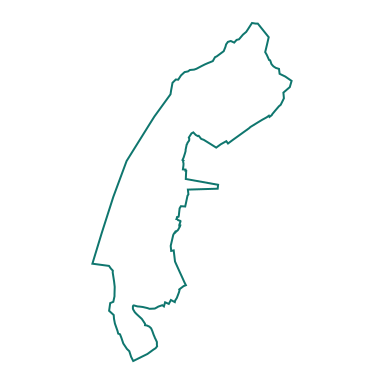 Baile Tusnad, Harghita, Romania (Albers equal-area conic projection)
{"feature_id": "2599482B24277216401355", "entity_name": "Baile Tusnad", "entity_type": "district", "adm_level": 2, "iso_a3": "ROU", "parent_name": "Romania", "parent_adm1": "Harghita", "projection": "albers", "projection_center": [25.861, 46.146], "detail": "fine", "context": "isolated", "style": "outline", "palette": "teal", "viewbox_px": 384, "rotation_deg": 0, "n_neighbors": 0, "source": "geoboundaries", "source_scale": "gbopen_adm2", "svg_char_len": 3009}
<svg xmlns="http://www.w3.org/2000/svg" viewBox="0 0 384 384"><path d="M252.0,23.0L249.6,26.7L247.6,29.8L246.2,31.9L243.0,34.6L239.0,39.3L236.6,39.9L234.2,42.6L230.8,41.0L227.9,41.9L226.1,44.4L225.5,46.7L223.7,51.2L216.7,56.4L215.0,57.2L212.8,61.1L210.4,62.1L207.9,63.1L204.9,64.4L201.7,66.0L196.4,68.8L194.1,69.6L189.9,70.0L188.0,71.4L184.6,72.1L181.0,75.4L178.2,79.7L175.8,79.5L172.5,82.8L171.8,86.7L171.1,90.4L170.5,94.3L154.4,116.5L149.8,123.8L126.6,161.0L113.3,196.9L101.8,232.8L92.4,263.7L109.0,265.9L110.9,268.6L112.8,270.6L112.7,272.5L114.1,281.6L114.7,286.9L114.5,294.3L114.5,296.3L113.3,301.8L110.2,303.1L109.1,310.8L113.7,315.0L114.0,318.8L114.9,323.5L117.5,330.9L118.2,333.6L120.0,334.3L121.3,337.6L123.3,343.5L126.9,348.9L129.3,351.2L131.1,356.8L133.2,361.0L142.7,356.3L147.4,354.0L153.3,349.7L155.6,348.2L157.1,346.3L156.9,345.0L156.9,342.0L155.4,338.8L154.9,337.9L154.6,337.0L154.2,336.1L153.6,334.7L152.3,331.0L151.1,328.3L149.3,326.6L146.9,325.5L145.0,325.2L145.1,324.3L145.0,323.7L144.6,323.1L142.7,320.2L141.8,318.9L136.5,314.0L134.8,312.2L133.2,309.5L132.9,308.7L132.9,307.8L132.9,306.6L133.0,306.1L133.3,305.6L133.8,305.4L137.4,306.4L139.8,306.6L142.8,307.0L147.5,308.1L149.5,308.8L154.1,308.6L154.9,308.5L156.6,307.6L158.3,306.6L162.3,305.2L163.9,306.4L165.1,302.3L168.8,303.9L170.9,300.0L174.8,302.1L175.2,300.5L175.4,300.2L176.8,298.0L177.8,295.4L179.0,292.2L179.6,289.8L179.3,289.4L180.2,288.7L183.6,286.1L185.9,285.2L184.6,282.7L181.8,276.5L180.0,272.6L175.8,263.3L175.0,261.5L173.7,250.4L171.2,250.9L170.7,245.9L173.2,235.1L173.5,234.4L174.3,233.1L175.2,231.9L175.4,232.1L175.5,231.8L175.7,232.0L176.5,231.3L177.0,230.8L177.4,230.6L177.8,230.2L178.3,229.5L179.4,227.4L179.4,226.3L179.5,226.0L180.0,226.2L180.3,225.3L179.3,224.9L180.2,222.4L180.5,221.3L180.5,221.1L180.1,220.8L178.2,220.2L177.0,219.0L176.5,219.0L177.1,217.0L178.5,216.8L178.8,215.7L179.6,208.4L180.9,206.2L185.2,206.5L185.5,205.1L185.8,203.8L187.5,195.7L188.4,194.4L187.9,189.6L217.7,188.7L218.1,184.8L185.8,179.0L186.1,172.6L186.2,170.9L185.5,170.8L185.6,170.0L185.6,169.6L182.9,169.4L183.4,165.8L183.5,164.3L183.5,163.5L183.4,162.8L183.2,162.2L183.1,161.4L183.5,160.6L182.5,160.0L183.6,157.6L185.0,153.2L185.6,151.0L185.6,149.8L186.7,144.5L187.0,144.2L187.3,143.6L187.4,143.0L188.2,141.8L189.1,140.6L189.3,138.8L188.8,137.6L191.5,133.4L193.3,132.4L195.7,134.9L197.8,136.1L198.7,135.8L201.2,138.9L203.7,139.8L210.0,143.7L216.2,147.6L220.9,144.2L226.3,141.2L228.0,143.5L232.7,140.0L238.0,136.2L249.1,128.2L250.4,127.0L258.2,122.2L262.5,119.6L264.0,118.8L266.5,117.4L267.4,116.8L268.9,115.7L269.5,116.9L271.7,115.2L272.2,114.3L272.4,114.0L274.8,111.1L278.9,106.3L280.7,104.8L282.3,101.6L283.9,98.3L283.4,92.6L289.8,87.1L291.6,80.9L285.2,76.5L279.6,73.8L279.0,68.9L275.8,67.9L273.5,66.4L273.0,65.9L272.3,65.1L271.8,64.5L271.3,63.8L271.0,62.8L270.9,62.5L270.7,61.8L270.1,60.3L269.1,60.0L266.8,54.9L265.2,52.1L267.0,44.6L268.7,37.2L257.8,23.6L255.7,23.6L252.0,23.0Z" fill="none" stroke="#0f766e" stroke-width="2"/></svg>